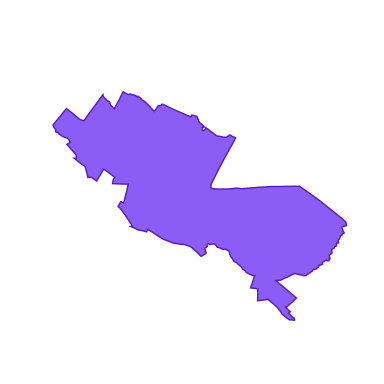 outline of Moiben, Rift Valley, Kenya, rotated 297°
{"feature_id": "3690345B75198444085036", "entity_name": "Moiben", "entity_type": "district", "adm_level": 2, "iso_a3": "KEN", "parent_name": "Kenya", "parent_adm1": "Rift Valley", "projection": "natural_earth1", "projection_center": [35.398, 0.724], "detail": "fine", "context": "isolated", "style": "filled", "palette": "violet", "viewbox_px": 384, "rotation_deg": 297, "n_neighbors": 0, "source": "geoboundaries", "source_scale": "gbopen_adm2", "svg_char_len": 6072}
<svg xmlns="http://www.w3.org/2000/svg" viewBox="0 0 384 384"><g transform="rotate(297 192 192)"><path d="M235.1,342.8L236.6,336.8L238.6,327.4L242.2,309.7L245.0,292.0L245.0,291.4L245.8,284.9L243.9,281.3L241.7,277.0L236.6,267.5L233.3,261.0L231.4,257.7L228.8,253.4L226.4,249.1L219.7,238.4L217.4,234.6L216.5,232.0L215.4,229.5L211.2,223.1L206.5,214.0L205.2,210.9L204.9,210.4L204.7,209.7L204.4,209.0L204.1,206.9L207.6,205.6L211.0,205.5L221.1,205.4L228.3,205.4L240.6,205.7L256.3,206.3L258.3,206.3L259.0,206.2L260.1,206.2L260.1,205.2L259.8,203.7L259.9,202.0L260.1,200.9L260.1,200.4L260.0,199.8L259.6,199.5L256.8,198.1L256.4,197.7L256.0,197.1L255.3,195.5L254.5,192.7L254.2,192.1L254.0,190.5L253.7,190.1L253.3,189.1L253.3,188.2L253.8,185.0L254.2,183.7L254.4,181.8L255.4,176.8L255.5,175.4L252.1,174.9L251.8,173.8L251.7,173.2L252.7,172.5L253.9,171.8L254.6,172.4L255.7,173.7L256.8,169.8L256.9,168.8L257.1,168.2L257.3,167.4L257.7,166.6L258.2,166.0L259.4,165.1L259.8,164.0L260.3,163.4L261.0,162.7L261.6,161.9L261.2,160.5L260.7,157.8L260.5,157.3L260.2,156.6L258.5,156.9L258.2,155.4L257.7,146.2L257.1,137.5L257.1,134.2L257.0,130.0L256.9,127.4L256.7,125.4L255.9,125.1L255.1,125.0L254.6,124.3L253.6,123.0L253.1,122.5L250.4,122.6L249.6,122.4L246.7,121.9L247.3,120.0L247.7,118.8L248.3,117.3L249.0,115.1L249.6,113.6L250.0,112.3L250.6,110.5L250.9,110.0L251.0,109.4L250.7,108.8L251.0,108.3L251.3,107.7L251.3,107.0L251.3,106.4L251.4,105.9L251.2,105.1L251.7,104.6L251.9,103.9L252.2,103.3L252.4,102.6L252.3,102.1L252.4,101.4L253.0,101.0L252.6,100.5L251.9,100.3L251.9,99.8L252.2,99.0L252.3,98.4L252.3,97.7L252.2,97.2L252.0,96.5L252.0,95.7L251.2,94.5L251.1,93.8L251.4,93.2L251.3,92.3L250.8,91.9L250.0,91.2L249.9,90.7L249.9,90.2L249.8,87.6L249.9,86.4L250.1,85.9L250.1,85.2L249.6,85.1L241.7,85.3L234.9,85.1L230.8,84.9L230.9,84.2L231.6,82.8L231.7,82.0L232.1,81.0L233.4,78.9L233.8,78.5L234.5,78.1L234.8,77.3L235.0,76.5L234.9,75.7L234.9,75.1L235.1,74.4L235.6,73.3L235.8,72.2L236.1,71.1L236.4,70.4L236.9,69.7L237.8,68.9L238.3,68.5L234.0,67.8L227.5,66.7L223.0,66.0L219.9,65.4L206.6,63.4L206.0,62.0L205.8,58.8L206.7,54.8L207.1,53.1L208.3,47.5L209.3,42.3L204.1,41.1L198.5,40.0L194.4,39.0L192.0,38.5L189.6,38.0L188.4,37.8L187.9,38.3L187.4,39.0L186.7,40.0L186.5,40.6L186.1,41.4L185.7,42.3L185.1,42.4L184.6,42.7L183.6,43.3L183.9,44.8L184.0,45.8L183.3,47.4L183.1,48.0L183.2,48.6L183.1,49.3L182.9,49.9L182.8,50.5L182.9,51.1L182.8,51.9L183.0,52.5L182.9,53.4L183.0,54.3L183.2,55.1L183.3,55.7L183.2,56.6L183.2,57.3L183.0,57.9L182.2,59.4L181.0,61.1L177.7,58.9L172.4,72.1L169.2,73.7L169.0,72.6L168.6,71.8L167.1,79.0L166.2,85.2L161.0,89.9L157.7,92.6L159.5,95.8L159.1,98.5L158.5,102.0L172.4,102.9L171.3,110.2L170.1,116.3L167.1,116.3L163.4,117.4L167.1,125.5L169.6,130.7L170.0,131.6L163.7,133.3L153.9,135.5L151.1,136.0L151.1,132.9L145.5,132.7L144.5,136.4L141.2,142.7L136.1,152.0L135.1,153.5L134.6,154.4L133.5,153.1L133.8,159.7L133.8,160.5L133.9,161.3L135.3,166.6L135.8,169.5L138.7,169.6L136.9,186.9L137.0,188.2L137.2,190.4L137.5,193.6L137.7,194.7L137.8,196.4L138.2,199.3L138.6,200.2L138.8,201.1L139.3,202.4L139.8,204.1L140.7,206.8L141.0,207.4L141.4,208.0L141.8,209.0L142.3,212.9L142.5,214.7L142.5,215.7L142.4,216.7L142.0,218.4L141.6,219.7L140.7,223.6L140.3,224.9L139.7,226.6L139.0,228.5L138.9,229.4L139.4,229.8L140.7,230.5L142.7,231.8L143.2,232.0L143.7,232.1L144.3,232.2L144.8,231.8L145.1,230.6L145.8,230.4L146.4,230.1L147.0,229.5L147.7,229.1L148.2,229.1L149.8,230.2L151.2,230.1L151.6,229.8L152.2,229.5L152.7,229.5L153.1,229.9L153.7,232.1L154.0,232.6L154.8,233.6L155.2,234.3L155.5,234.9L155.7,235.4L155.8,236.0L155.7,236.5L155.5,237.4L155.3,238.2L154.3,239.2L154.2,239.7L154.5,240.2L154.9,242.8L154.8,244.2L154.9,245.1L155.1,245.9L155.6,246.6L156.1,247.1L156.4,247.8L156.2,249.4L156.3,251.0L156.1,251.7L155.7,252.2L153.9,253.8L152.9,254.9L152.5,255.3L152.1,255.9L151.7,256.7L151.4,257.3L151.2,257.8L150.1,259.4L149.8,259.9L149.3,261.4L149.2,262.3L149.3,263.1L149.3,263.8L149.1,264.6L148.5,266.1L148.1,268.3L147.3,270.7L146.9,271.4L146.6,271.9L146.4,272.7L146.1,274.2L146.0,274.8L145.3,276.2L145.2,276.8L145.0,277.6L144.9,278.4L144.9,279.3L145.0,281.2L145.1,283.0L145.4,284.5L145.7,285.3L146.0,285.7L144.5,286.0L142.0,286.4L133.2,287.8L133.7,289.3L135.0,292.8L135.5,294.6L125.5,299.6L124.9,299.9L127.5,303.8L131.0,308.6L130.1,311.6L129.0,316.6L127.9,320.9L127.2,322.0L126.5,323.1L125.8,325.2L125.2,326.1L124.6,326.8L124.1,327.6L123.8,328.5L123.3,331.0L123.0,333.1L122.8,333.8L122.4,336.6L122.5,337.4L123.1,337.8L123.2,338.7L123.4,339.5L123.7,339.9L123.9,340.6L124.1,341.4L124.6,341.6L125.2,341.0L125.5,340.6L126.1,340.2L126.2,338.0L127.1,335.4L127.7,333.0L130.0,333.9L131.7,327.4L134.0,329.1L138.1,330.7L144.9,333.2L145.7,330.1L151.2,306.9L152.0,308.2L153.6,310.9L157.3,313.7L159.7,315.8L162.9,318.0L165.2,319.8L166.2,320.9L166.5,322.8L167.3,326.0L167.9,327.9L168.3,330.0L169.3,331.6L170.5,331.9L171.1,332.3L171.6,332.7L172.0,333.0L173.3,333.4L173.6,333.9L174.4,334.0L175.1,334.5L175.7,334.9L176.2,335.0L177.4,335.2L178.1,335.5L178.6,336.2L179.3,336.8L179.6,337.3L180.2,338.0L181.3,337.9L181.7,338.1L182.2,338.5L183.2,338.8L183.7,338.7L184.2,338.7L184.8,338.6L185.1,339.5L185.9,340.4L186.6,340.8L187.2,341.0L187.5,340.5L188.2,340.1L188.9,340.4L190.1,341.1L190.5,341.3L191.1,341.7L191.5,341.9L192.4,342.7L192.3,343.8L192.4,344.6L192.9,345.1L193.6,345.0L194.3,344.6L195.0,345.3L195.4,345.2L196.4,344.2L198.1,342.9L198.6,343.2L199.0,343.6L201.4,344.4L201.9,344.1L202.4,343.6L204.1,342.7L204.8,342.7L205.4,343.1L206.0,343.8L206.4,344.0L207.3,344.0L207.9,343.9L208.5,343.9L208.8,344.6L209.6,345.1L210.4,344.7L211.1,344.2L211.8,344.0L212.4,344.2L212.7,345.1L213.1,345.7L213.7,345.6L214.2,344.8L215.0,344.3L215.6,344.1L216.8,344.6L218.3,344.6L219.1,344.5L220.4,344.2L220.8,344.7L221.5,345.1L222.2,345.1L222.8,344.9L223.3,344.8L223.7,345.1L224.1,345.8L224.5,346.2L225.0,345.8L225.2,345.1L226.0,344.4L226.5,343.8L227.3,342.5L227.9,341.9L228.5,341.6L229.0,341.7L229.6,341.9L230.1,342.0L230.0,342.6L231.8,344.3L232.0,344.8L232.6,344.8L233.4,344.0L233.9,343.4L235.1,342.8Z" fill="#8b5cf6" stroke="#5b21b6" stroke-width="1.5"/></g></svg>